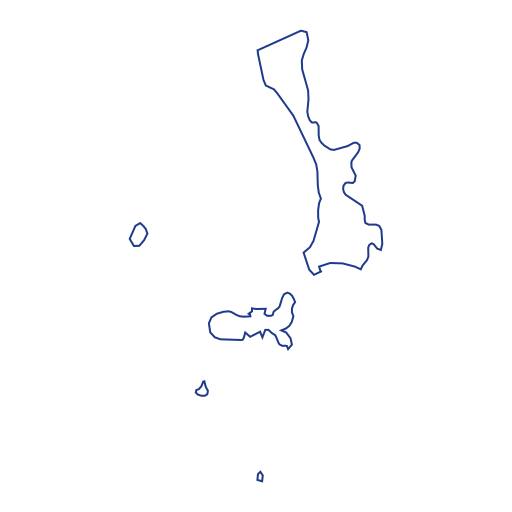 outline of Livorno
{"feature_id": "ITA-5380", "entity_name": "Livorno", "entity_type": "Province", "adm_level": 1, "iso_a3": "ITA", "parent_name": "Italy", "parent_adm1": "", "projection": "albers", "projection_center": [10.397, 42.98], "detail": "fine", "context": "isolated", "style": "outline", "palette": "blue", "viewbox_px": 512, "rotation_deg": 0, "n_neighbors": 0, "source": "natural_earth", "source_scale": "10m", "svg_char_len": 2408}
<svg xmlns="http://www.w3.org/2000/svg" viewBox="0 0 512 512"><path d="M360.8,269.3L354.9,266.6L342.6,263.4L330.2,263.0L319.1,266.6L320.2,270.2L321.0,271.5L314.0,274.8L309.2,269.6L303.6,252.6L309.9,247.3L313.5,240.9L319.0,221.9L318.2,217.8L318.1,210.5L319.1,203.1L320.9,198.6L318.8,192.8L317.8,185.5L317.4,171.5L316.2,164.4L313.4,157.6L293.4,115.8L277.5,93.6L274.0,89.4L265.8,85.5L263.5,80.0L258.0,54.0L257.6,50.3L300.9,30.7L306.6,32.1L308.3,40.3L306.5,47.7L303.8,53.8L301.8,60.4L302.2,69.4L308.1,90.4L308.5,99.4L307.3,111.7L308.1,116.1L309.6,120.0L311.7,122.4L312.9,122.6L315.5,122.2L316.6,122.6L318.6,125.9L318.7,135.5L319.5,139.9L321.4,142.7L324.4,145.6L330.4,149.4L334.0,149.9L347.6,146.1L353.7,142.8L356.7,142.7L359.5,145.0L359.7,148.5L358.1,152.3L352.2,160.2L351.4,162.0L351.5,167.3L355.7,175.6L354.7,181.3L352.8,183.0L347.8,182.5L345.5,183.0L343.5,185.7L343.1,188.9L343.9,192.1L345.7,194.8L362.1,205.7L363.7,211.8L364.7,215.8L364.7,219.8L365.5,223.1L368.8,224.6L376.0,224.6L379.2,225.9L381.4,229.8L382.3,243.9L380.9,250.0L377.2,248.6L373.6,244.1L371.5,243.3L369.1,245.2L368.2,247.8L368.4,256.6L367.0,260.1L362.5,265.6L360.8,269.3ZM295.1,302.2L293.2,304.8L292.0,308.3L291.9,312.3L293.4,316.3L291.7,322.1L289.3,325.9L285.9,328.5L281.3,330.4L286.2,332.5L290.5,338.2L291.9,344.6L288.1,349.1L286.9,346.0L285.0,345.7L282.5,345.9L279.5,344.4L278.4,342.6L275.9,336.4L275.1,335.1L271.9,333.1L268.5,329.9L265.3,329.9L262.4,337.4L260.1,331.7L250.2,336.8L245.2,332.5L243.8,337.8L242.6,339.8L241.2,340.0L220.4,339.3L214.8,337.3L210.2,332.3L208.9,323.2L211.5,317.3L216.9,313.7L223.3,311.8L228.6,311.3L231.3,312.0L236.8,315.1L239.9,316.3L244.4,316.7L250.4,316.3L250.1,314.6L250.0,314.2L249.6,314.3L248.7,313.7L252.0,311.4L252.0,308.8L252.0,308.4L256.3,309.0L265.7,308.8L264.5,313.8L267.2,315.8L270.9,315.8L272.7,315.0L273.6,311.8L275.6,310.0L277.8,308.5L279.5,306.7L282.2,297.9L284.1,294.2L287.3,292.7L289.7,293.5L292.0,295.7L293.8,298.8L295.1,302.2ZM143.7,226.3L144.1,226.9L144.7,227.9L145.6,228.6L147.4,233.5L144.1,240.2L139.3,245.8L133.9,246.0L129.7,238.9L135.4,225.9L140.2,223.1L143.7,226.3ZM206.2,387.8L207.3,389.6L207.8,390.5L207.8,391.9L207.2,394.3L204.7,395.8L201.2,395.7L197.9,394.6L195.8,392.5L196.3,390.1L198.9,389.1L201.4,386.2L203.2,381.6L204.4,381.3L205.2,385.0L206.2,387.8ZM258.0,474.1L260.4,471.8L262.8,475.5L262.1,481.3L257.4,479.9L258.0,474.1Z" fill="none" stroke="#1e3a8a" stroke-width="2"/></svg>